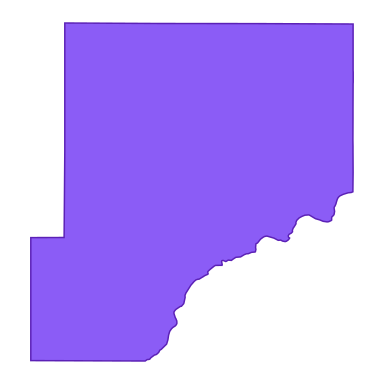 outline of Pine, Minnesota, United States of America
{"feature_id": "52423323B91904630437676", "entity_name": "Pine", "entity_type": "district", "adm_level": 2, "iso_a3": "USA", "parent_name": "United States of America", "parent_adm1": "Minnesota", "projection": "equal_earth", "projection_center": [-92.564, 46.075], "detail": "fine", "context": "isolated", "style": "filled", "palette": "violet", "viewbox_px": 384, "rotation_deg": 0, "n_neighbors": 0, "source": "geoboundaries", "source_scale": "gbopen_adm2", "svg_char_len": 1997}
<svg xmlns="http://www.w3.org/2000/svg" viewBox="0 0 384 384"><path d="M64.8,23.0L64.8,150.8L64.1,237.5L30.8,237.6L30.8,360.6L145.2,361.0L147.1,359.6L149.1,359.4L149.8,359.1L150.9,357.7L154.5,355.0L155.9,354.7L157.0,354.0L158.7,352.4L159.3,351.2L159.8,350.2L161.3,349.3L166.6,344.1L167.9,339.8L168.6,335.1L169.7,331.4L171.4,328.9L172.8,327.5L175.3,325.9L176.4,324.6L176.9,323.3L176.8,321.0L176.0,318.9L175.3,317.7L174.2,314.3L173.9,313.1L174.1,311.7L175.4,309.9L176.2,309.2L180.2,306.5L181.5,306.2L183.6,303.8L183.9,303.1L185.1,297.5L185.0,295.4L185.9,293.1L190.8,285.3L194.1,281.5L195.9,279.9L197.6,279.3L199.2,279.1L205.0,275.5L207.8,274.3L208.1,273.7L207.7,272.0L207.9,271.5L210.1,269.4L214.2,266.1L215.5,265.4L222.0,265.3L222.2,264.6L221.6,261.4L221.7,260.9L222.1,260.6L223.1,260.4L225.7,261.5L226.3,261.3L228.2,260.1L231.4,260.4L232.7,259.4L233.7,258.7L235.9,257.3L240.6,256.9L244.2,254.7L246.4,253.8L248.3,253.7L251.6,252.3L255.1,252.0L255.4,251.7L255.9,249.4L255.6,247.6L255.9,244.0L256.4,243.5L257.5,243.0L260.5,239.2L263.2,237.2L264.5,236.5L266.5,236.1L267.4,236.2L273.9,238.1L278.2,240.3L280.7,240.1L282.6,241.1L285.2,241.6L286.5,241.2L288.3,239.9L289.5,238.4L289.6,238.0L288.7,237.4L288.4,236.9L288.3,235.6L289.1,234.3L291.3,233.1L292.5,231.8L292.4,230.2L292.7,229.4L293.2,228.1L293.9,227.2L296.0,223.8L295.9,222.5L296.7,220.4L299.2,217.9L301.9,216.4L304.9,215.2L308.7,214.9L309.6,215.2L315.5,218.7L319.7,219.9L323.1,221.3L327.1,221.9L328.7,221.7L331.1,220.6L331.7,220.0L331.6,219.0L331.7,217.6L332.0,216.7L333.1,215.8L333.9,214.8L334.1,214.3L334.6,211.4L334.1,208.2L334.2,207.2L335.0,206.0L336.0,203.7L336.2,202.7L337.3,199.2L338.2,197.5L339.4,196.3L340.1,195.8L343.3,194.3L348.1,192.8L351.2,192.5L352.9,191.8L352.9,189.9L353.1,172.5L353.0,151.2L353.0,146.5L352.9,140.0L353.0,118.2L353.0,108.7L353.1,83.7L353.2,82.3L353.2,79.2L353.2,77.9L353.2,74.6L353.2,74.2L353.2,71.9L353.1,70.6L353.1,24.0L254.6,23.6L160.0,23.5L64.8,23.0Z" fill="#8b5cf6" stroke="#5b21b6" stroke-width="1.5"/></svg>